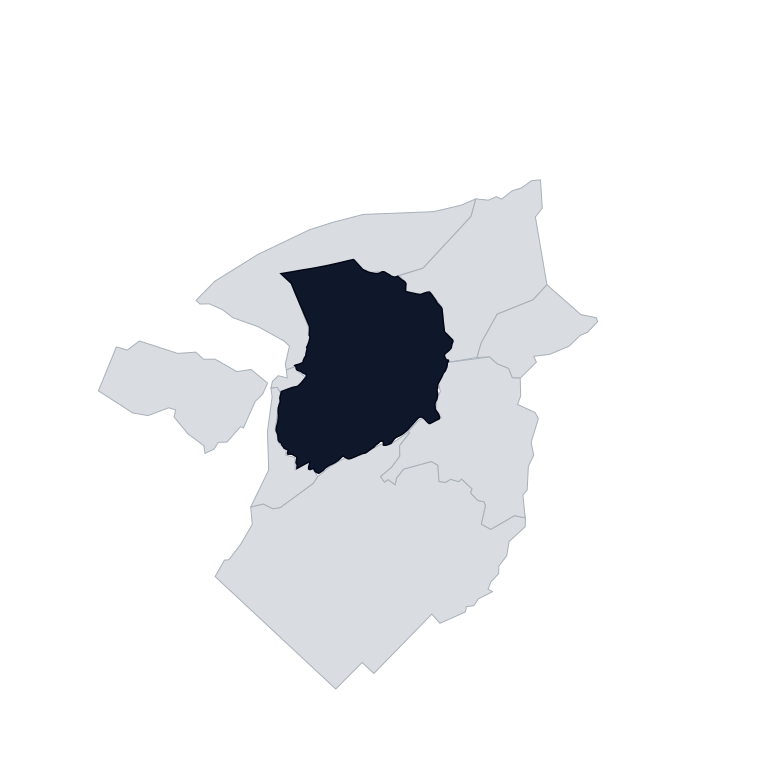 map of Ethiopia with Somalia, Kenya, Sudan and 5 others greyed out, rotated 223°
{"feature_id": "ETH", "entity_name": "Ethiopia", "entity_type": "country or territory", "adm_level": 0, "iso_a3": "ETH", "parent_name": "Africa", "parent_adm1": "", "projection": "equal_earth", "projection_center": [38.934, 9.154], "detail": "fine", "context": "with_neighbors", "style": "filled", "palette": "ink", "viewbox_px": 768, "rotation_deg": 223, "n_neighbors": 8, "source": "natural_earth", "source_scale": "50m", "svg_char_len": 7327}
<svg xmlns="http://www.w3.org/2000/svg" viewBox="0 0 768 768"><g transform="rotate(223 384 384)"><path d="M434.6,565.9L434.4,495.3L450.9,467.2L460.1,466.8L472.9,453.2L491.6,452.3L531.9,394.3L519.8,394.4L472.9,371.5L456.7,344.8L465.0,327.7L469.7,331.2L479.0,347.2L486.1,347.3L515.1,340.1L539.7,329.4L552.4,328.3L566.4,323.5L573.1,317.0L578.5,316.9L577.9,343.5L564.6,392.8L543.8,445.8L531.6,467.5L514.8,493.9L465.5,543.6L449.7,567.1L443.1,582.0L434.6,565.9Z" fill="#d9dde1" stroke="#a8b0b8" stroke-width="1"/><path d="M408.8,640.0L388.2,620.6L387.2,609.4L332.5,567.7L332.4,547.2L348.8,512.3L340.9,480.3L334.1,466.9L352.7,442.6L360.2,445.8L360.2,456.7L365.1,463.1L375.1,463.1L393.3,479.5L414.0,482.9L418.2,474.9L431.3,466.7L437.2,473.3L447.0,473.3L434.4,495.3L434.6,565.9L443.1,582.0L433.0,589.7L429.5,597.8L424.1,599.2L422.0,612.9L417.4,620.7L414.6,633.6L408.8,640.0Z" fill="#d9dde1" stroke="#a8b0b8" stroke-width="1"/><path d="M199.1,389.9L188.3,381.5L183.4,375.9L185.1,354.1L177.1,342.1L175.9,329.2L170.8,323.5L170.9,312.4L168.0,305.0L163.0,306.1L168.5,291.1L167.1,283.2L171.9,277.3L169.0,272.9L179.9,247.1L192.1,248.4L194.0,165.4L210.1,165.4L211.3,128.0L376.2,128.0L380.6,146.3L377.6,149.7L379.5,169.0L384.6,191.5L397.6,203.1L390.5,213.9L380.1,217.0L375.6,222.9L368.0,263.4L369.4,271.1L367.1,287.5L361.3,306.3L352.6,315.8L345.0,338.3L338.2,343.7L333.8,363.8L333.9,381.1L333.9,366.1L331.9,365.7L330.5,349.5L323.2,342.0L321.6,328.1L323.4,313.9L316.8,312.6L315.8,316.9L307.2,317.9L310.6,323.5L311.7,335.0L296.6,359.5L289.2,361.4L277.3,350.2L271.8,354.2L270.3,359.8L262.9,363.4L262.4,367.4L248.1,367.4L246.2,363.4L235.9,362.8L230.7,366.1L226.8,364.4L217.2,347.9L206.8,350.5L198.8,376.7L189.5,382.4L199.1,389.9Z" fill="#d9dde1" stroke="#a8b0b8" stroke-width="1"/><path d="M369.4,271.1L368.0,263.4L375.6,222.9L380.1,217.0L390.5,213.9L397.6,203.1L409.7,242.5L436.8,269.7L457.0,298.2L464.0,304.0L459.7,308.7L453.6,307.0L432.8,276.8L420.5,269.2L410.7,269.0L407.3,265.0L399.0,269.5L390.4,260.8L385.9,275.0L369.4,271.1Z" fill="#d9dde1" stroke="#a8b0b8" stroke-width="1"/><path d="M588.2,184.2L605.0,228.6L594.9,233.7L592.2,248.7L555.8,265.6L543.3,279.0L532.8,279.0L524.6,286.9L500.1,292.7L491.1,304.0L469.7,305.2L465.9,294.0L466.3,283.5L456.9,256.0L459.8,255.0L459.3,234.4L465.4,228.3L463.9,220.4L467.6,211.1L473.4,216.0L493.4,213.8L515.1,216.7L518.7,223.0L525.2,219.8L535.0,200.0L547.9,191.5L588.2,184.2Z" fill="#d9dde1" stroke="#a8b0b8" stroke-width="1"/><path d="M453.6,307.0L459.7,308.7L464.0,304.0L467.4,309.9L467.0,317.9L458.9,322.5L465.0,327.7L459.8,338.0L456.6,334.6L445.2,335.6L443.9,324.5L453.6,307.0Z" fill="#d9dde1" stroke="#a8b0b8" stroke-width="1"/><path d="M332.5,567.7L287.4,569.0L273.8,577.3L270.3,575.3L270.4,560.7L273.7,553.3L274.5,537.7L283.1,518.6L293.3,506.5L287.5,503.9L288.4,481.2L294.4,476.0L303.5,480.3L315.1,475.8L325.2,475.8L334.1,466.9L340.9,480.3L348.8,512.3L332.4,547.2L332.5,567.7Z" fill="#d9dde1" stroke="#a8b0b8" stroke-width="1"/><path d="M288.4,481.2L275.8,468.4L272.4,460.1L253.9,466.2L247.4,463.8L236.6,441.7L225.9,434.0L222.4,422.4L206.9,404.0L206.9,397.7L189.5,382.4L198.8,376.7L206.8,350.5L217.2,347.9L226.8,364.4L230.7,366.1L235.9,362.8L246.2,363.4L248.1,367.4L262.4,367.4L262.9,363.4L270.3,359.8L271.8,354.2L277.3,350.2L289.2,361.4L296.6,359.5L311.7,335.0L310.6,323.5L307.2,317.9L315.8,316.9L316.8,312.6L323.4,313.9L321.6,328.1L323.2,342.0L330.5,349.5L331.9,365.7L333.9,366.1L333.9,381.1L331.8,387.0L324.2,387.5L319.2,398.5L328.0,399.9L335.3,409.3L337.7,417.0L344.3,421.5L352.7,442.6L325.2,475.8L315.1,475.8L303.5,480.3L294.4,476.0L288.4,481.2Z" fill="#d9dde1" stroke="#a8b0b8" stroke-width="1"/><path d="M352.3,442.8L352.1,442.5L350.8,441.1L349.6,439.3L348.9,437.4L348.2,435.7L347.9,432.1L347.0,429.9L346.2,427.2L344.9,422.0L344.3,420.2L343.3,419.0L342.2,417.9L341.1,415.6L338.2,413.6L337.0,412.0L335.1,409.3L334.6,407.9L334.5,406.6L333.9,405.3L332.8,403.8L329.4,400.7L328.5,400.3L327.3,400.0L325.5,399.7L323.1,399.0L321.1,397.8L320.1,396.9L319.9,396.3L320.1,395.3L320.9,393.6L322.3,389.5L323.3,386.7L324.0,385.9L325.8,385.7L327.8,385.8L329.2,386.0L331.2,386.0L333.6,385.8L334.6,384.9L335.3,383.8L335.6,383.1L335.8,381.3L335.8,379.9L335.6,374.3L335.6,370.9L335.5,367.0L335.5,366.2L335.5,365.2L336.1,361.0L336.7,358.6L337.1,357.4L338.6,353.4L338.9,352.1L339.0,351.0L338.4,345.6L339.4,343.1L340.7,340.7L341.8,339.6L342.7,338.9L343.1,339.2L344.2,340.3L345.5,341.5L346.2,341.2L347.1,340.2L347.8,339.2L347.7,337.3L348.4,333.5L348.3,331.3L349.0,328.5L349.7,324.7L350.1,322.2L350.5,320.9L352.5,318.2L354.2,314.4L355.3,311.6L357.4,307.1L358.5,305.4L359.4,304.7L360.7,304.3L363.0,303.8L364.7,303.5L365.0,302.9L365.1,302.0L365.2,299.9L365.5,296.4L366.3,293.0L367.2,290.5L367.6,289.3L368.2,288.2L368.8,286.3L369.7,282.1L369.6,279.3L370.8,274.2L371.0,274.2L373.0,273.2L374.9,273.1L376.7,273.8L377.9,273.9L378.4,273.6L378.9,272.7L379.4,271.4L380.2,270.6L381.2,270.4L382.6,272.0L384.7,276.1L385.3,276.4L385.6,276.3L386.7,273.0L387.6,270.4L389.2,265.6L390.1,262.8L390.9,263.6L391.8,265.0L392.7,265.7L393.7,266.1L394.2,266.2L394.9,266.7L397.1,270.1L397.8,270.9L398.9,271.0L403.2,269.9L405.8,267.9L406.2,267.1L407.0,267.1L407.8,268.0L408.2,268.8L408.7,270.0L409.7,270.1L412.2,269.3L413.4,268.9L414.5,269.3L415.8,269.6L416.6,269.6L418.6,270.7L421.0,270.3L422.1,270.4L423.2,270.9L425.1,272.7L427.5,274.8L431.0,276.3L431.7,277.0L433.4,279.4L436.0,284.1L439.5,288.7L443.2,292.2L445.2,294.7L446.6,297.7L447.9,300.5L449.3,301.7L450.5,302.6L451.8,304.7L452.7,306.5L454.0,308.4L452.6,311.2L450.8,314.8L448.6,319.1L447.9,320.1L446.0,322.7L445.7,323.4L445.4,325.3L445.3,328.6L445.6,333.0L445.9,337.0L446.9,337.4L448.1,337.7L449.5,337.2L451.1,336.7L453.1,336.5L455.4,335.7L456.7,335.0L458.1,335.1L459.3,335.8L459.9,336.4L460.8,336.6L461.9,336.6L461.7,337.3L461.1,338.4L460.3,339.5L459.6,340.7L458.2,343.9L458.1,344.3L458.3,344.9L459.1,346.3L460.0,348.7L460.4,350.9L460.8,351.9L461.8,353.1L463.3,355.6L464.1,357.2L465.7,358.1L466.2,360.2L467.5,363.3L468.8,365.8L470.0,367.8L471.5,368.5L472.0,368.6L475.0,372.2L477.3,374.9L477.8,375.3L481.9,377.1L486.6,379.2L490.3,380.8L495.1,383.0L499.8,385.0L504.2,387.0L510.5,389.8L515.5,392.1L519.4,393.9L520.3,394.4L525.0,394.4L529.7,394.4L534.6,394.4L531.1,399.0L527.1,404.2L523.0,409.7L520.3,413.2L516.0,418.7L512.5,423.4L508.8,428.5L505.5,433.1L501.2,439.4L498.4,443.5L494.1,450.0L491.3,454.1L490.9,454.3L486.9,454.0L483.1,453.7L478.2,453.3L477.6,453.3L476.2,453.7L475.3,454.1L471.8,455.2L471.2,455.5L468.2,457.2L465.2,459.2L463.7,460.8L462.4,463.1L461.9,464.7L461.4,465.4L460.4,466.1L454.2,467.6L452.3,467.8L449.4,469.1L447.8,471.1L447.4,472.2L445.3,472.1L441.6,472.4L440.0,472.8L439.3,472.8L437.9,472.8L436.7,472.4L435.9,471.9L435.0,470.6L432.8,468.0L431.3,466.4L427.9,468.3L424.8,470.1L420.5,472.7L418.0,474.6L417.3,476.5L415.4,479.9L413.7,482.0L413.0,482.3L409.2,481.8L407.8,481.4L405.5,481.0L402.4,480.3L400.3,479.5L398.0,479.4L394.8,479.1L392.8,478.5L390.7,476.6L388.1,474.4L385.4,472.0L382.7,469.6L379.4,466.8L375.8,463.8L375.0,463.4L374.6,463.4L370.7,463.3L366.7,463.1L364.0,463.0L363.1,462.7L362.5,462.0L361.6,459.7L360.6,458.1L359.4,456.1L359.3,453.3L359.6,450.3L359.9,449.3L359.8,448.3L359.8,447.0L359.1,445.7L355.2,444.2L354.5,444.4L353.9,444.9L353.1,445.3L352.6,444.9L352.2,444.4L352.2,443.5L352.3,442.8Z" fill="#0f172a" stroke="#020617" stroke-width="1.5"/></g></svg>